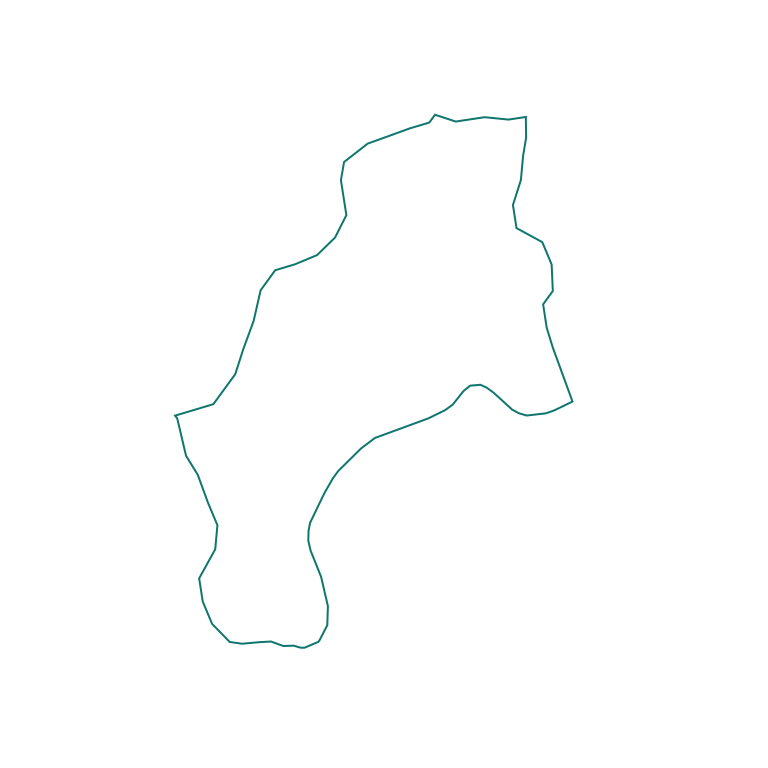 the district of Yonthan, Hwanghae-bukto, North Korea, rotated 126°
{"feature_id": "82179303B91092350263646", "entity_name": "Yonthan", "entity_type": "district", "adm_level": 2, "iso_a3": "PRK", "parent_name": "North Korea", "parent_adm1": "Hwanghae-bukto", "projection": "robinson", "projection_center": [125.982, 38.695], "detail": "fine", "context": "isolated", "style": "outline", "palette": "teal", "viewbox_px": 768, "rotation_deg": 126, "n_neighbors": 0, "source": "geoboundaries", "source_scale": "gbopen_adm2", "svg_char_len": 1148}
<svg xmlns="http://www.w3.org/2000/svg" viewBox="0 0 768 768"><g transform="rotate(126 384 384)"><path d="M136.2,501.0L145.8,501.0L162.2,513.5L174.5,521.8L199.1,538.5L227.9,546.8L244.5,538.6L269.5,513.7L294.3,509.7L319.0,513.9L339.5,526.4L355.9,538.9L380.7,538.9L409.7,526.5L438.6,518.3L463.5,510.1L500.6,510.2L532.4,534.4L533.4,531.0L558.4,502.0L566.9,481.3L583.6,456.5L596.1,435.8L616.9,423.4L649.9,419.3L666.5,402.8L679.1,382.1L683.4,357.2L677.5,346.1L666.3,333.3L658.8,324.1L655.1,311.4L648.8,303.3L646.3,296.4L644.1,293.3L631.3,285.6L629.4,285.5L612.5,288.1L596.7,298.8L577.0,321.5L561.9,345.5L555.2,353.2L547.2,358.7L539.8,362.2L507.1,368.1L490.5,369.9L481.4,369.9L449.7,364.7L432.9,359.6L385.7,327.9L369.5,319.3L360.4,316.3L342.8,315.5L334.7,313.3L328.0,305.6L326.6,298.8L326.6,290.2L329.4,265.4L328.4,257.7L325.6,250.0L312.6,235.8L305.2,230.7L287.4,221.2L271.9,244.2L255.2,269.0L242.7,285.6L226.0,302.1L209.5,302.1L188.8,318.6L176.2,339.3L180.0,368.4L163.4,384.9L138.6,393.1L117.8,405.5L101.2,413.8L84.6,426.2L96.9,438.7L109.0,459.4L121.3,471.9L129.5,480.2L133.5,492.7L136.2,501.0Z" fill="none" stroke="#0f766e" stroke-width="2"/></g></svg>